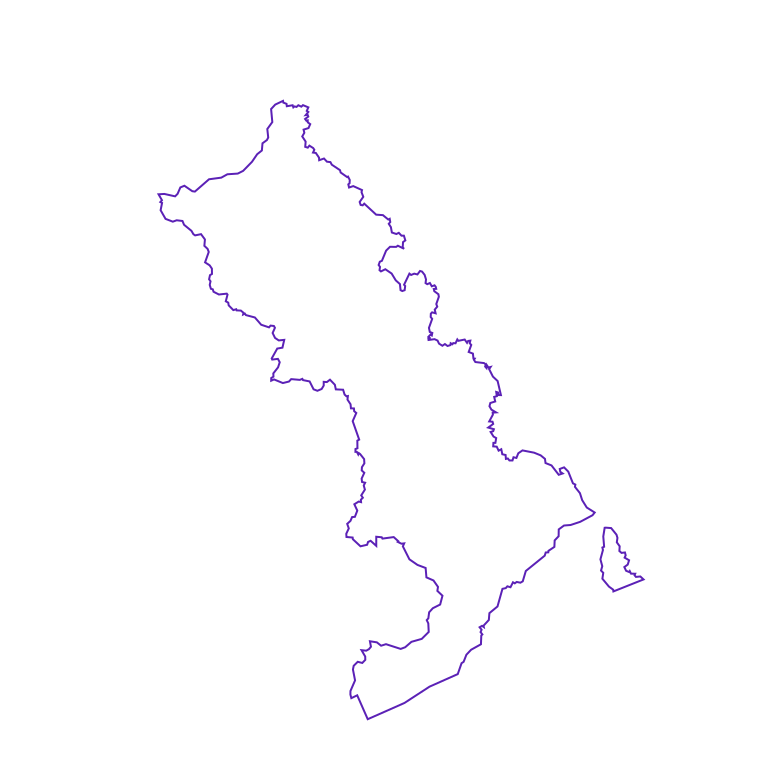 outline of Kasena Nankana East, Upper East, Ghana, rotated 156°
{"feature_id": "2480657B68256913631937", "entity_name": "Kasena Nankana East", "entity_type": "district", "adm_level": 2, "iso_a3": "GHA", "parent_name": "Ghana", "parent_adm1": "Upper East", "projection": "albers", "projection_center": [-1.049, 10.75], "detail": "fine", "context": "isolated", "style": "outline", "palette": "violet", "viewbox_px": 768, "rotation_deg": 156, "n_neighbors": 0, "source": "geoboundaries", "source_scale": "gbopen_adm2", "svg_char_len": 6160}
<svg xmlns="http://www.w3.org/2000/svg" viewBox="0 0 768 768"><g transform="rotate(156 384 384)"><path d="M479.4,262.5L480.5,259.5L475.1,256.5L475.6,254.9L471.5,245.3L464.8,244.0L462.8,246.2L460.0,246.2L456.9,239.3L453.2,247.6L448.4,244.9L448.3,243.4L437.4,240.2L434.9,234.6L435.7,234.2L433.0,231.0L430.4,230.2L432.8,228.0L432.1,213.5L427.0,205.1L420.8,199.0L423.9,190.1L418.7,184.4L417.2,176.7L419.4,173.3L416.7,166.8L422.4,159.7L430.6,159.3L435.6,157.1L438.8,151.9L441.0,150.9L440.9,147.3L444.0,139.3L453.2,135.8L463.8,137.3L471.7,134.9L476.5,135.2L488.0,145.5L493.1,146.1L495.6,150.9L501.5,154.7L502.8,149.3L505.6,147.9L508.7,147.6L512.8,150.0L512.0,142.7L513.3,139.6L517.3,138.0L521.0,140.9L526.3,138.9L528.5,135.8L531.0,125.0L539.5,117.2L541.0,114.0L541.6,110.3L535.1,110.5L535.2,84.4L495.0,84.3L465.5,89.0L434.6,89.0L426.7,97.4L424.3,97.8L418.8,103.2L412.5,105.8L401.3,106.8L397.4,114.7L396.0,115.2L396.7,118.1L394.8,119.8L395.6,122.9L392.8,123.2L391.7,121.4L391.4,122.7L384.2,125.8L380.9,131.8L370.8,134.6L359.1,148.7L355.8,148.0L353.6,149.0L351.1,146.9L346.8,150.4L345.6,148.7L343.3,149.2L340.2,147.0L337.5,147.3L330.5,155.5L307.0,161.8L304.8,164.3L302.4,163.4L301.6,164.7L294.6,165.9L291.7,171.7L286.4,173.9L283.5,180.1L277.1,181.5L270.9,179.3L260.9,178.3L246.9,179.3L243.8,180.9L249.0,188.7L250.2,197.3L249.4,204.6L251.4,212.4L250.1,214.3L251.8,216.4L251.3,229.0L253.4,234.6L258.0,234.9L258.7,232.1L257.2,229.6L261.3,230.0L264.1,241.5L268.6,246.1L267.4,250.1L269.9,255.1L274.8,260.2L284.5,267.0L289.5,266.1L293.1,262.6L295.5,264.4L297.7,261.9L300.5,263.1L301.2,265.6L303.1,266.0L301.8,269.7L304.5,271.7L303.4,276.7L306.4,276.5L306.5,280.9L309.6,282.6L308.0,285.7L306.2,284.9L303.5,289.0L305.3,291.4L306.1,296.8L303.4,296.5L302.0,298.0L306.5,301.8L300.5,303.1L300.2,305.4L303.1,307.0L297.0,311.7L296.4,313.6L293.2,312.5L296.3,316.9L296.7,320.8L294.6,323.4L289.5,322.8L288.6,327.4L285.9,327.0L284.7,331.1L283.3,329.9L283.9,327.3L281.7,326.3L279.0,340.5L281.5,346.5L281.9,354.8L279.7,356.2L281.9,356.6L282.4,359.4L283.9,356.9L284.5,358.8L283.0,360.6L284.2,362.5L291.6,366.9L292.0,369.5L290.8,370.3L291.9,371.0L290.4,375.6L293.6,378.8L288.4,384.2L289.1,386.4L287.5,388.5L289.6,389.1L291.4,387.8L292.2,391.8L298.5,393.2L298.9,394.9L302.1,392.1L304.1,393.2L305.3,392.5L306.5,394.1L307.5,392.5L310.5,392.9L312.1,395.7L315.1,395.2L317.3,398.5L317.4,401.9L319.6,404.4L325.4,406.1L325.0,407.4L323.9,406.5L323.4,407.4L324.1,409.1L321.4,410.2L320.6,408.9L319.1,411.0L321.0,412.9L320.1,417.0L313.5,423.9L314.1,426.2L312.6,429.2L310.9,429.9L308.1,427.6L307.4,431.3L303.9,433.0L303.7,435.8L298.4,441.4L297.8,443.9L300.3,448.3L299.9,450.5L297.6,449.7L297.2,451.7L297.7,453.6L300.6,453.8L301.0,457.6L303.9,457.6L305.0,459.3L303.1,462.4L302.5,467.1L303.5,471.2L305.1,472.6L308.9,470.5L311.5,472.5L314.9,472.6L315.9,474.5L325.3,466.5L324.8,464.9L327.0,461.3L329.5,461.5L330.7,463.0L328.8,468.8L331.1,473.9L332.1,481.8L336.1,488.3L341.0,488.1L341.8,489.8L340.0,492.6L340.5,494.9L338.1,497.4L335.8,497.4L327.8,505.0L322.7,506.9L317.1,504.3L315.1,504.7L310.7,499.4L311.3,501.3L308.9,505.9L306.1,506.5L305.5,511.4L307.7,512.4L309.0,516.1L311.7,516.0L315.2,519.2L313.9,524.5L314.5,528.4L312.4,529.4L311.6,532.6L313.2,532.5L316.3,538.7L322.3,541.9L328.7,556.8L330.8,555.9L332.5,557.1L332.2,560.2L326.8,563.4L326.5,568.4L325.2,570.1L331.6,577.3L336.0,577.7L335.4,580.9L333.8,581.4L332.3,584.3L332.5,588.1L333.5,588.0L337.6,594.9L337.2,597.2L342.5,605.6L342.7,608.5L345.7,610.3L347.1,614.4L352.2,614.8L351.3,617.2L352.3,622.8L354.7,624.3L352.4,626.3L352.7,628.3L355.2,632.1L357.5,630.9L359.5,632.7L357.0,637.3L358.0,643.4L354.6,645.9L354.0,649.1L348.9,648.5L345.7,651.4L347.2,654.0L346.5,655.9L347.8,656.0L348.3,658.2L344.4,659.1L344.3,661.0L346.1,661.5L342.5,663.3L343.5,664.9L340.6,667.5L344.6,671.7L346.7,671.0L348.9,673.5L351.2,672.7L352.9,674.0L354.3,673.6L354.1,675.8L359.8,677.3L359.1,679.6L361.5,682.0L361.1,683.7L369.7,683.5L375.3,681.1L379.5,668.7L386.9,664.4L389.5,656.3L391.7,654.5L397.1,653.3L400.6,647.0L406.4,645.5L414.2,640.7L426.0,636.0L432.0,635.7L441.8,639.3L448.7,638.7L460.6,642.2L478.5,636.7L480.7,638.1L485.7,646.3L490.1,646.4L495.2,641.7L498.5,640.4L507.4,647.0L512.8,649.0L512.1,642.2L514.3,641.2L513.1,639.7L517.4,633.6L516.4,623.7L510.9,618.2L506.8,617.9L501.8,614.9L501.9,610.8L497.6,602.2L497.2,598.4L496.1,596.6L490.2,595.3L488.8,588.9L491.9,583.3L490.2,579.2L490.4,575.9L498.0,567.9L495.0,563.3L494.3,559.4L496.4,554.5L498.7,554.2L501.2,550.8L500.7,548.4L502.9,545.4L503.4,541.4L501.9,540.1L502.2,537.6L498.4,532.9L490.9,530.5L490.6,529.3L494.9,523.9L493.2,521.7L493.9,519.0L491.6,512.8L488.6,512.4L488.7,511.2L484.9,509.3L483.4,506.2L484.4,504.8L482.5,504.9L482.1,503.1L474.9,497.3L472.1,488.1L466.0,482.5L463.9,483.5L461.0,481.8L460.8,479.7L465.0,475.9L464.8,470.4L462.4,466.6L457.2,464.9L462.0,458.5L467.1,459.8L476.2,453.0L476.2,451.8L470.7,450.1L470.4,446.3L474.0,442.3L480.8,438.7L482.0,435.7L484.6,435.3L485.7,432.9L482.6,432.9L476.0,426.0L469.8,424.9L466.8,426.2L459.2,422.0L456.5,421.9L456.4,420.5L450.9,416.6L450.5,407.8L447.6,404.9L443.0,404.8L439.7,407.1L438.2,410.5L435.4,409.0L431.6,409.9L429.2,403.3L430.2,398.7L423.7,395.4L424.3,390.4L423.3,388.0L421.9,387.7L423.7,384.6L422.8,379.1L424.1,375.2L421.4,373.9L422.3,371.3L421.1,368.8L427.7,362.8L429.3,343.3L431.4,343.1L434.4,336.1L436.5,336.2L437.7,333.6L436.4,333.0L436.2,330.1L435.1,331.1L434.3,329.7L432.7,323.5L434.2,319.5L438.0,317.0L439.5,314.1L438.1,310.9L442.9,306.7L443.9,303.4L441.4,301.5L443.8,299.5L444.4,295.3L450.1,291.5L449.6,288.7L452.2,287.7L453.0,285.4L454.9,286.9L460.0,286.2L459.9,279.2L464.6,274.5L467.3,275.4L470.3,272.6L474.5,271.2L474.9,266.4L479.4,262.5ZM258.8,101.2L226.4,99.9L228.1,103.9L232.3,105.3L232.9,107.4L231.7,108.5L235.5,110.3L235.6,113.1L236.5,112.5L238.8,114.9L238.9,119.0L234.8,119.9L231.8,123.3L234.8,127.5L232.9,129.2L232.4,132.1L235.7,133.1L236.9,135.7L234.7,139.9L235.7,144.7L233.3,148.5L232.9,151.8L235.1,160.0L239.9,162.6L240.9,162.9L245.7,155.5L249.1,145.8L251.0,145.8L251.5,143.3L257.6,135.8L258.7,128.8L261.6,125.3L260.5,122.3L263.7,117.3L260.9,107.4L258.3,102.9L258.8,101.2Z" fill="none" stroke="#5b21b6" stroke-width="2"/></g></svg>